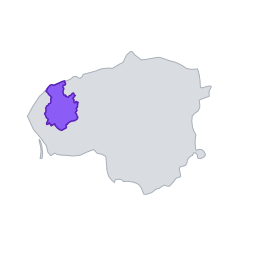 where Telšiai sits in Lithuania, rotated 337°
{"feature_id": "LTU-936", "entity_name": "Telšiai", "entity_type": "County", "adm_level": 1, "iso_a3": "LTU", "parent_name": "Lithuania", "parent_adm1": "", "projection": "mercator", "projection_center": [22.175, 56.01], "detail": "fine", "context": "in_parent", "style": "filled", "palette": "violet", "viewbox_px": 256, "rotation_deg": 337, "n_neighbors": 0, "source": "natural_earth", "source_scale": "10m", "svg_char_len": 4638}
<svg xmlns="http://www.w3.org/2000/svg" viewBox="0 0 256 256"><g transform="rotate(337 128 128)"><path d="M94.2,172.8L92.8,170.1L91.4,165.4L91.6,161.6L92.4,157.8L96.2,146.5L96.0,144.7L93.2,141.6L89.8,139.3L87.9,134.4L80.9,134.1L74.3,134.4L72.3,134.2L66.0,132.1L60.0,128.8L55.9,126.9L52.5,124.7L50.7,122.4L47.8,123.1L45.9,123.1L45.9,122.7L44.8,118.7L45.9,112.5L43.8,103.4L40.4,92.4L40.1,80.6L39.9,78.0L48.3,71.3L59.0,64.1L61.5,63.4L71.3,59.2L72.7,58.8L81.5,59.6L88.5,60.6L94.4,60.5L97.6,59.4L100.6,60.3L102.9,63.5L105.3,63.2L107.7,61.1L120.9,63.0L123.9,62.9L127.2,63.3L133.4,65.2L136.9,67.0L144.7,65.9L148.1,65.8L149.8,65.1L155.2,60.3L157.5,59.5L159.7,58.6L161.6,59.3L162.9,63.5L166.9,70.6L171.2,71.8L183.2,74.6L185.6,76.0L192.4,82.2L196.4,85.3L199.0,87.7L202.9,92.5L205.1,96.0L208.9,98.6L213.4,100.3L215.0,100.6L214.9,103.1L214.2,107.4L212.7,112.9L211.1,117.1L210.7,118.7L211.9,120.1L217.8,120.7L220.3,121.5L220.8,122.6L219.4,124.0L217.6,125.2L216.7,126.4L215.2,130.5L205.5,130.0L204.2,130.8L203.6,132.7L203.1,134.9L201.8,137.5L199.2,139.7L195.1,140.6L191.8,142.1L189.3,146.8L187.5,153.1L187.5,157.6L187.8,160.1L187.6,161.5L186.3,163.1L184.3,167.2L182.6,171.7L182.0,174.1L182.3,175.3L184.2,175.3L186.9,176.2L188.3,178.0L188.8,180.1L188.9,182.4L188.3,183.6L186.2,184.5L182.8,184.5L180.8,183.4L180.4,182.6L181.3,180.4L180.7,177.8L179.3,176.3L176.4,178.5L173.6,178.5L170.4,180.5L168.2,183.7L166.1,184.9L160.6,184.2L159.2,185.6L158.0,192.1L157.4,193.4L152.7,193.1L148.2,195.7L143.2,197.8L140.6,196.3L139.2,194.7L136.4,195.0L133.4,195.7L131.4,195.3L129.1,195.5L124.7,196.7L119.2,196.3L116.9,195.3L116.6,194.2L116.8,191.7L116.7,187.8L115.9,184.3L113.2,181.2L110.5,179.1L106.9,176.9L104.3,175.9L102.9,175.6L102.6,174.4L102.0,173.2L100.8,172.3L98.2,171.0L96.0,170.7L94.2,172.8ZM37.1,122.3L35.2,121.8L38.9,115.4L40.2,111.3L41.2,105.3L42.0,103.5L42.1,106.2L41.7,110.7L39.4,118.3L37.1,122.3Z" fill="#d9dde1" stroke="#a8b0b8" stroke-width="1"/><path d="M73.0,58.2L74.4,58.3L75.0,58.6L76.1,59.5L76.8,59.8L86.1,59.5L88.2,59.9L88.2,60.0L87.8,60.4L87.6,60.5L87.4,60.8L87.5,61.1L87.7,61.5L87.9,61.9L87.9,62.4L87.7,62.9L87.5,63.4L87.0,63.7L86.6,63.8L86.1,63.8L85.3,63.5L84.9,63.5L84.5,63.8L84.3,64.4L84.1,64.7L83.9,65.0L84.0,65.2L84.3,65.7L84.4,66.2L84.2,66.8L83.7,67.5L83.1,68.0L82.2,69.3L81.8,72.6L83.0,73.0L83.2,73.5L82.9,74.0L82.9,74.4L83.1,74.5L83.3,74.5L83.6,74.5L83.7,74.8L83.8,75.2L83.9,75.6L84.3,75.9L84.7,76.1L85.2,76.1L86.5,75.4L87.7,75.6L88.3,75.5L88.7,75.3L89.0,75.0L89.3,74.8L90.2,74.5L90.9,74.4L91.4,74.5L91.6,74.8L91.6,75.1L91.5,75.5L91.4,76.0L91.5,76.4L91.6,76.8L92.1,77.4L91.6,77.7L91.2,77.8L91.0,78.1L90.9,78.2L90.8,78.3L89.3,78.7L89.0,79.0L88.9,79.4L89.2,80.3L89.2,81.1L89.2,81.5L89.1,81.8L88.9,82.0L88.5,82.4L88.3,82.6L88.3,82.9L88.4,83.3L88.9,83.9L89.2,84.2L89.6,84.3L89.9,84.2L90.2,83.9L90.3,83.6L90.4,83.4L90.7,83.4L90.9,83.6L91.3,84.1L91.5,84.4L91.9,84.6L92.0,84.8L92.0,85.0L91.6,85.2L91.2,85.5L91.3,86.1L90.4,87.2L89.9,88.6L89.6,89.0L89.1,89.3L88.7,89.3L88.2,89.5L88.0,89.8L87.9,90.2L88.0,91.3L87.9,91.8L87.5,92.1L87.1,92.5L86.7,92.6L86.3,92.8L85.9,92.9L85.5,93.3L85.5,93.7L85.9,94.6L86.0,95.1L85.9,95.8L85.8,96.4L85.7,96.9L85.8,97.3L86.0,98.2L85.9,98.7L85.7,99.0L85.4,99.1L84.4,100.0L82.0,100.4L81.6,100.4L81.3,100.2L80.9,100.0L80.1,100.1L79.7,100.0L78.8,99.5L78.0,99.6L75.4,99.9L74.3,100.4L73.8,100.8L73.4,100.9L73.0,100.9L72.6,100.8L72.3,100.8L72.2,100.9L72.1,101.2L71.9,101.5L71.8,101.9L71.8,102.2L71.8,102.6L71.8,102.8L71.7,103.1L70.9,103.8L70.5,104.0L70.1,103.9L69.7,103.8L66.1,104.3L64.4,102.8L63.5,101.4L63.4,101.1L63.3,100.8L63.0,100.4L62.9,100.1L62.8,99.3L62.7,99.0L62.6,98.7L62.0,97.7L61.9,97.3L62.0,97.0L62.1,96.8L62.1,96.4L62.2,96.1L62.2,95.8L62.2,95.6L61.9,95.4L61.4,95.5L60.7,95.7L59.2,95.8L58.8,95.9L58.4,96.0L58.2,95.9L58.0,95.5L58.1,95.3L58.3,95.0L58.4,94.8L58.3,94.5L58.2,94.3L57.9,94.0L57.6,93.4L57.6,93.1L57.6,92.7L57.5,92.4L57.3,92.4L56.7,92.9L56.4,93.1L56.1,93.2L54.7,93.0L54.7,92.7L54.7,92.4L54.8,92.1L55.0,91.8L55.4,91.3L57.1,89.9L57.2,89.7L57.3,89.4L57.8,89.1L57.9,88.8L57.8,88.3L57.7,88.0L57.1,87.1L57.0,86.8L56.9,86.3L56.9,85.8L57.0,83.5L56.9,83.1L56.8,82.8L56.8,82.5L57.0,82.1L57.3,81.8L58.1,81.6L58.4,81.4L58.7,81.0L59.8,78.8L60.0,77.6L61.5,76.2L61.8,76.0L63.1,75.9L63.4,75.8L63.7,75.6L64.0,75.2L64.2,74.9L64.7,74.8L66.2,74.9L66.6,74.6L66.8,74.4L67.6,72.8L67.9,71.8L68.1,71.6L68.3,71.2L68.5,70.6L68.7,70.3L69.0,70.2L69.3,70.2L69.6,70.0L69.7,69.8L69.5,69.2L68.6,67.1L68.4,66.8L68.1,66.3L68.0,65.8L67.9,65.3L67.9,64.1L67.7,63.6L67.4,63.3L67.1,63.0L67.0,62.7L66.9,62.4L67.0,61.9L67.2,61.7L68.4,61.1L68.8,60.7L68.9,60.2L69.5,59.9L73.0,58.2Z" fill="#8b5cf6" stroke="#5b21b6" stroke-width="1.5"/></g></svg>